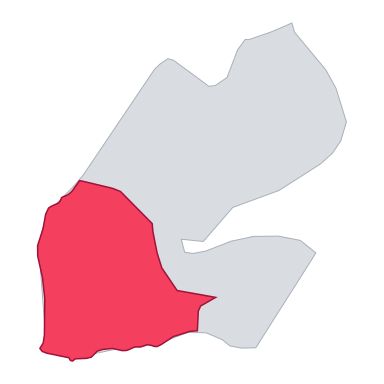 Dikhil highlighted on a map of Djibouti
{"feature_id": "DJI-1569", "entity_name": "Dikhil", "entity_type": "Region", "adm_level": 1, "iso_a3": "DJI", "parent_name": "Djibouti", "parent_adm1": "", "projection": "mercator", "projection_center": [42.104, 11.405], "detail": "fine", "context": "in_parent", "style": "filled", "palette": "rose", "viewbox_px": 384, "rotation_deg": 0, "n_neighbors": 0, "source": "natural_earth", "source_scale": "10m", "svg_char_len": 1583}
<svg xmlns="http://www.w3.org/2000/svg" viewBox="0 0 384 384"><path d="M315.9,252.9L299.8,278.4L279.2,310.8L255.8,347.8L241.2,348.1L229.9,345.9L222.1,339.6L206.0,332.8L188.0,332.4L170.7,338.8L141.5,346.7L115.2,349.3L94.0,353.7L76.3,358.8L60.5,356.0L46.7,351.4L43.7,312.1L40.5,269.4L40.8,236.0L45.7,217.6L50.0,210.4L74.9,184.9L83.5,174.6L112.0,132.4L136.4,96.2L154.6,69.2L160.2,63.9L167.9,58.7L173.4,60.2L208.9,86.3L215.1,85.6L227.0,77.5L237.7,49.6L245.3,39.4L248.5,39.7L271.3,31.9L291.9,23.0L294.5,32.2L325.7,69.7L335.9,88.1L346.4,121.8L340.9,140.6L332.8,152.8L320.8,163.7L279.1,190.4L232.8,207.4L203.3,241.5L181.3,239.2L184.6,252.1L192.8,253.5L205.6,251.1L231.1,241.2L253.7,236.4L278.2,236.1L300.3,240.4L315.9,252.9Z" fill="#d9dde1" stroke="#a8b0b8" stroke-width="1"/><path d="M72.6,361.0L71.0,360.7L69.9,359.8L69.4,358.7L68.8,357.7L46.8,353.2L42.2,351.4L40.8,349.7L39.9,348.4L43.2,343.0L44.4,334.9L44.8,298.5L42.5,277.8L37.7,256.0L37.6,245.7L43.1,228.5L45.7,214.1L48.6,208.0L51.4,206.2L58.7,202.9L60.5,200.5L61.5,197.8L63.1,196.7L65.2,196.0L67.8,194.8L70.4,192.8L72.4,190.7L79.6,180.6L82.6,181.2L112.7,188.4L120.5,191.5L152.2,223.6L152.9,231.6L157.1,252.9L161.8,267.9L177.1,290.5L215.6,297.4L200.6,306.0L198.3,311.2L197.4,330.3L197.3,330.7L197.3,330.8L190.2,331.3L173.5,336.5L161.1,344.6L157.1,346.6L154.3,346.4L151.4,345.4L147.2,344.7L141.1,346.8L139.5,347.0L136.2,346.8L134.6,347.0L128.0,350.0L125.5,350.6L122.0,350.6L112.4,348.4L102.2,349.5L97.2,351.2L91.4,357.1L86.3,358.4L75.7,358.8L74.5,359.3L73.6,360.3L72.6,361.0Z" fill="#f43f5e" stroke="#9f1239" stroke-width="1.5"/></svg>